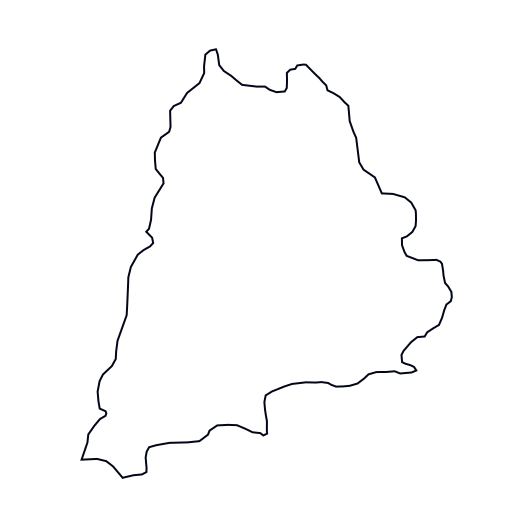 map outline of Prilep (Natural Earth projection), rotated 85°
{"feature_id": "MKD-2903", "entity_name": "Prilep", "entity_type": "Statistical Region", "adm_level": 1, "iso_a3": "MKD", "parent_name": "North Macedonia", "parent_adm1": "", "projection": "natural_earth1", "projection_center": [21.673, 41.269], "detail": "fine", "context": "isolated", "style": "outline", "palette": "ink", "viewbox_px": 512, "rotation_deg": 85, "n_neighbors": 0, "source": "natural_earth", "source_scale": "10m", "svg_char_len": 2372}
<svg xmlns="http://www.w3.org/2000/svg" viewBox="0 0 512 512"><g transform="rotate(85 256 256)"><path d="M465.4,408.1L453.1,416.8L447.3,423.1L444.3,432.0L443.7,447.5L443.2,447.3L427.2,440.2L419.1,438.6L411.0,431.8L404.8,425.6L402.1,419.9L399.8,418.8L397.5,419.4L394.4,425.0L387.2,425.6L377.3,425.6L367.0,422.7L360.7,418.8L353.1,409.2L346.4,404.7L338.7,403.6L328.3,401.3L319.8,397.4L303.7,390.0L296.0,388.9L279.4,386.7L266.0,385.0L256.0,381.6L244.4,373.7L240.3,367.5L237.2,360.7L234.1,357.3L228.7,357.9L222.3,363.2L219.5,360.2L210.8,357.4L199.4,355.6L189.1,351.9L175.6,341.8L170.1,341.8L166.1,344.6L160.6,348.3L152.2,348.3L144.1,347.8L129.8,340.4L124.7,331.7L120.0,329.9L111.9,329.4L103.8,328.9L99.4,324.8L96.8,317.4L87.6,310.5L78.8,297.2L69.3,291.7L62.4,291.2L51.0,288.9L47.4,283.9L46.6,277.9L47.5,277.6L52.1,276.5L62.7,276.0L68.9,271.9L74.4,265.0L79.6,259.9L84.3,254.9L87.3,240.6L88.0,232.3L91.7,227.7L94.6,221.3L94.6,213.0L91.3,210.7L84.0,209.8L76.3,209.3L73.4,205.7L73.0,200.6L69.8,198.3L69.4,192.3L69.8,189.6L78.2,182.7L81.6,179.8L84.0,177.6L88.4,174.4L92.1,171.2L97.2,170.3L100.5,164.7L104.9,158.8L110.8,154.2L114.4,150.9L120.7,150.9L129.8,150.9L140.4,148.2L147.1,145.9L171.7,145.0L179.4,141.3L188.1,130.7L197.7,127.5L204.6,125.2L206.1,114.2L210.5,102.7L216.3,96.7L224.4,93.0L224.8,93.0L228.0,93.0L234.6,93.5L240.1,94.4L245.6,98.1L249.6,104.0L251.1,109.1L258.0,109.6L265.0,107.7L269.0,105.9L274.4,94.8L275.2,84.3L275.6,76.5L277.7,72.8L280.0,71.4L286.9,70.9L291.7,70.9L299.4,70.0L303.0,67.3L308.8,64.5L314.0,64.5L318.0,65.9L320.9,70.5L326.4,73.2L333.7,76.0L340.6,79.7L343.2,85.2L346.9,92.1L350.9,95.0L350.9,102.4L355.4,109.1L363.4,117.3L367.3,119.7L374.5,119.7L376.4,116.4L378.3,111.5L380.3,108.2L384.0,106.3L385.6,111.1L385.6,122.6L382.9,127.9L382.9,136.5L382.1,146.1L383.7,154.2L387.7,159.3L391.9,166.0L393.5,174.1L393.5,180.8L393.1,187.6L390.8,192.4L388.8,195.2L387.3,201.9L387.3,207.2L386.2,217.3L386.6,231.2L388.5,239.3L392.3,251.8L395.7,258.5L402.3,260.4L409.9,260.4L416.4,260.0L421.4,259.5L430.9,260.4L433.9,260.4L435.4,264.3L432.8,267.2L431.3,274.8L427.5,281.1L422.9,289.7L421.8,298.3L421.4,309.4L425.9,317.5L429.8,319.4L435.5,328.5L435.7,340.3L434.6,358.5L435.8,372.0L437.2,379.2L441.5,382.0L447.2,383.5L453.3,383.5L457.5,383.5L461.7,384.0L463.7,388.8L463.7,396.9L465.2,407.5L465.3,407.8L465.4,408.1Z" fill="none" stroke="#020617" stroke-width="2"/></g></svg>